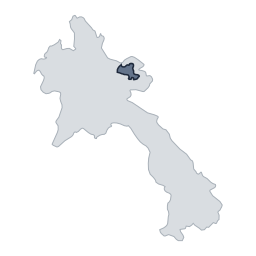 Xamneua, Houaphan, Laos (highlighted)
{"feature_id": "54806243B30579322269888", "entity_name": "Xamneua", "entity_type": "district", "adm_level": 2, "iso_a3": "LAO", "parent_name": "Laos", "parent_adm1": "Houaphan", "projection": "orthographic", "projection_center": [104.067, 20.373], "detail": "fine", "context": "in_parent", "style": "filled", "palette": "slate", "viewbox_px": 256, "rotation_deg": 0, "n_neighbors": 0, "source": "geoboundaries", "source_scale": "gbopen_adm2", "svg_char_len": 6252}
<svg xmlns="http://www.w3.org/2000/svg" viewBox="0 0 256 256"><path d="M84.1,18.5L85.4,21.1L91.6,27.9L92.7,29.7L95.0,31.1L96.9,37.2L97.7,37.5L98.8,37.1L99.6,36.3L100.3,34.0L100.7,33.7L101.4,35.6L103.2,36.2L103.9,37.1L104.2,38.5L103.9,40.0L102.4,43.4L101.4,48.0L107.6,57.9L110.2,59.2L116.4,60.8L120.6,63.0L122.6,62.5L124.5,60.1L126.7,58.7L130.9,56.6L132.1,56.5L134.4,57.3L138.2,59.8L144.0,64.4L143.8,65.6L142.7,66.8L139.6,68.6L138.7,69.8L139.3,70.2L141.8,70.5L144.9,71.5L145.8,72.7L146.3,75.5L146.8,76.0L149.7,75.6L150.5,76.0L151.5,76.9L152.6,79.2L152.5,80.9L149.8,83.9L149.4,85.7L148.0,87.8L144.2,91.4L143.1,91.6L136.0,89.7L130.4,89.9L129.9,90.7L130.9,92.9L131.1,95.0L130.3,96.6L127.0,98.8L126.9,99.7L127.6,100.6L132.3,102.6L147.4,112.8L154.3,114.8L157.4,116.1L158.2,116.8L158.1,117.7L157.3,118.8L156.7,120.9L156.7,122.1L157.4,123.3L158.6,125.0L162.9,128.9L166.0,129.8L169.3,134.2L170.3,138.2L171.9,140.7L179.9,149.1L186.6,154.2L190.6,159.8L192.5,161.0L193.1,163.0L193.7,169.0L196.1,171.9L196.5,173.1L197.6,173.9L198.7,174.1L201.0,172.1L201.4,172.4L202.5,175.5L203.5,176.6L207.0,178.5L210.8,182.2L212.8,183.5L215.4,184.5L215.7,185.7L215.3,186.9L214.5,187.7L210.2,190.0L209.7,191.0L212.6,195.7L219.9,201.5L222.2,205.0L221.7,206.8L219.8,210.3L218.3,211.3L217.9,212.3L219.1,215.2L219.0,219.5L217.7,220.6L216.4,223.3L215.6,223.5L213.3,222.6L208.7,227.3L206.7,227.1L204.4,229.7L201.4,230.1L199.3,228.2L194.8,225.2L193.2,223.3L191.8,225.0L189.5,226.6L186.2,226.1L185.4,228.4L184.7,228.8L180.7,229.3L180.0,229.6L180.6,231.7L183.0,235.2L183.8,237.3L182.3,240.6L178.2,240.6L176.3,239.3L173.9,236.5L168.6,234.6L165.1,236.0L164.0,235.9L161.3,233.5L160.3,232.0L159.7,229.7L163.7,227.9L165.8,226.4L167.1,224.9L167.7,223.3L168.3,216.7L168.9,214.3L168.5,211.5L167.4,209.2L167.4,205.8L167.9,203.1L169.5,201.7L170.5,199.7L171.1,195.3L170.6,194.2L169.1,193.1L166.6,192.1L165.0,190.8L164.3,189.3L164.3,187.9L165.1,186.7L163.2,185.4L158.6,184.0L156.0,182.2L155.5,180.2L153.5,177.5L150.2,174.2L148.5,169.5L148.3,163.3L148.7,158.2L150.1,152.3L148.1,148.1L146.0,145.9L143.1,144.2L140.3,141.9L137.7,138.8L134.5,134.3L130.8,128.3L128.3,125.6L127.1,126.2L124.4,125.7L120.3,123.9L116.8,123.0L113.8,122.8L111.8,123.2L110.9,124.1L110.8,125.0L111.6,125.9L111.2,126.6L109.6,127.1L108.3,128.1L106.9,130.3L105.8,133.2L104.3,134.3L102.0,134.5L99.7,135.3L97.5,136.7L96.4,137.7L96.5,138.5L96.0,138.6L94.9,138.2L94.4,137.3L94.5,135.7L93.4,134.7L91.0,134.2L88.4,132.6L83.3,128.4L82.1,128.2L80.5,129.2L78.3,131.5L76.4,132.4L75.0,131.9L73.9,132.7L73.1,134.8L71.7,136.5L64.8,140.8L58.5,146.5L57.0,147.0L53.2,145.3L52.1,144.2L57.4,132.4L58.2,129.6L58.1,125.8L56.0,122.6L55.9,121.7L56.3,120.7L58.9,117.1L62.1,107.7L62.0,104.8L60.7,101.5L60.0,98.4L60.7,94.3L60.5,92.7L59.1,91.8L54.5,90.9L51.8,91.5L50.5,92.6L48.9,93.3L46.0,93.7L43.2,92.2L41.0,89.7L40.5,86.8L43.5,80.5L44.2,78.1L44.2,77.0L43.7,75.8L43.0,75.6L41.6,74.1L40.2,71.4L38.9,70.2L37.6,70.4L36.4,71.3L34.4,73.8L33.8,73.4L35.7,64.8L37.4,61.1L39.3,59.4L41.3,58.7L43.4,59.1L45.2,58.8L46.6,57.9L46.5,57.4L44.8,57.2L44.2,56.2L44.6,54.4L45.4,53.2L46.5,52.6L47.7,50.8L48.8,47.6L50.2,46.0L51.7,46.0L54.4,44.7L58.2,42.1L59.6,39.5L61.0,40.7L60.5,43.7L61.2,44.4L61.5,45.5L61.3,47.2L61.6,48.6L62.1,49.3L62.9,49.7L66.9,48.5L69.4,48.4L73.3,50.7L75.7,49.1L75.7,48.5L73.8,46.4L74.5,38.8L74.4,32.9L71.2,28.6L70.5,26.9L70.2,24.0L69.4,21.6L71.7,19.7L73.0,16.2L74.7,15.4L75.2,15.5L77.1,18.2L79.7,16.9L81.6,16.9L83.2,17.7L84.1,18.5Z" fill="#d9dde1" stroke="#a8b0b8" stroke-width="1"/><path d="M121.2,64.7L121.1,64.8L121.0,65.0L120.9,65.0L120.7,65.2L120.6,65.3L120.3,65.5L119.6,66.2L119.1,66.7L118.6,67.3L118.3,67.8L117.9,68.5L117.4,69.6L117.3,71.7L117.3,72.3L118.1,72.5L119.5,72.8L120.7,73.3L121.9,73.8L123.1,74.0L123.3,74.1L123.5,74.2L123.6,74.3L123.8,74.4L124.0,74.4L124.2,74.5L124.4,74.5L124.6,74.5L124.8,74.6L125.0,74.6L125.3,74.6L125.5,74.6L126.0,74.6L126.3,74.7L126.7,74.7L126.8,74.7L127.0,74.7L127.2,74.8L127.4,74.8L127.5,74.9L127.8,75.0L128.0,75.0L128.3,75.2L128.3,75.3L128.5,75.5L128.6,75.8L128.7,76.0L128.9,76.3L129.0,76.6L129.1,76.8L129.1,77.1L129.2,77.4L129.2,77.5L128.8,77.8L128.7,78.0L128.5,78.3L128.6,78.5L128.7,78.4L128.9,78.5L128.9,78.8L128.9,79.2L129.0,79.3L129.3,79.3L129.8,79.2L129.9,79.3L130.3,79.2L130.5,79.3L130.8,79.2L131.0,79.3L131.1,79.2L131.2,78.9L131.3,78.7L131.4,78.4L131.6,78.1L131.7,77.9L131.7,77.6L131.9,77.6L132.1,77.5L132.4,77.7L132.7,77.8L132.9,77.7L133.0,77.7L133.3,77.8L133.6,78.1L133.7,78.5L133.7,78.8L133.6,79.0L133.5,79.5L133.8,79.7L134.0,79.6L134.3,79.6L134.5,79.6L134.8,79.5L135.0,79.5L135.2,79.4L135.3,79.4L135.5,79.3L135.9,79.3L136.0,79.2L136.3,79.1L136.5,79.1L136.8,78.9L137.0,78.9L137.2,78.7L137.3,78.7L137.5,78.5L137.5,78.4L137.7,78.2L137.8,78.1L137.8,77.9L138.0,77.7L138.1,77.4L138.3,77.2L138.5,77.0L138.7,76.9L138.8,76.8L139.0,76.7L139.2,76.4L139.1,76.2L139.2,75.9L139.0,75.7L138.9,75.7L138.8,75.4L138.7,75.4L138.5,75.2L138.4,75.1L138.2,75.1L138.0,74.9L137.9,74.9L137.7,74.8L137.4,74.8L137.3,74.7L137.2,74.7L136.9,74.7L136.7,74.6L136.4,74.6L136.1,74.6L135.9,74.6L135.7,74.5L135.4,74.5L135.3,74.4L135.2,74.4L134.8,74.3L134.6,74.2L134.4,74.1L134.2,74.0L134.2,73.9L134.0,73.7L133.9,73.7L133.7,73.3L133.7,73.1L133.6,72.8L133.6,72.7L133.6,72.4L133.6,72.1L133.6,71.9L133.6,71.7L133.6,71.3L133.6,71.2L133.6,70.8L133.5,70.7L133.4,70.4L133.2,70.2L133.1,69.9L133.1,69.7L133.1,69.4L133.0,69.1L132.9,69.0L132.8,68.9L132.8,68.7L132.7,68.6L132.7,68.3L132.7,68.2L132.7,67.8L132.8,67.7L132.9,67.3L133.0,67.2L133.2,66.8L133.3,66.8L133.3,66.7L133.4,66.4L133.4,66.2L133.5,65.9L133.5,65.6L133.5,65.4L133.5,65.2L133.5,64.9L133.4,64.6L133.3,64.4L133.2,64.3L133.1,64.1L132.9,63.9L132.7,63.8L132.7,63.7L132.4,63.6L132.4,63.8L132.2,63.8L132.1,63.7L131.9,63.7L131.6,63.6L131.4,63.5L131.1,63.5L130.8,63.6L130.7,63.5L130.4,63.5L130.2,63.7L129.9,63.8L129.7,63.8L129.5,64.0L129.5,64.3L129.4,64.4L129.4,64.6L129.3,64.8L129.2,64.9L129.1,65.0L128.9,65.2L128.7,65.2L128.4,65.2L128.2,65.0L127.9,65.0L127.7,65.0L127.5,64.9L127.3,65.0L127.2,65.0L126.9,65.1L126.7,65.2L126.7,65.3L126.4,65.5L126.2,65.6L126.0,65.8L125.8,66.0L125.7,66.1L125.5,66.3L125.4,66.4L125.3,66.5L125.2,66.5L124.9,66.7L124.7,66.8L124.4,66.9L123.4,66.9L122.6,66.8L122.2,66.7L121.8,66.3L121.5,65.8L121.3,65.3L121.2,64.7Z" fill="#64748b" stroke="#1e293b" stroke-width="1.5"/></svg>